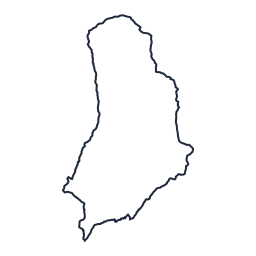 Brusturoasa, Bacau, Romania
{"feature_id": "2599482B60057151040295", "entity_name": "Brusturoasa", "entity_type": "district", "adm_level": 2, "iso_a3": "ROU", "parent_name": "Romania", "parent_adm1": "Bacau", "projection": "orthographic", "projection_center": [26.192, 46.569], "detail": "fine", "context": "isolated", "style": "outline", "palette": "slate", "viewbox_px": 256, "rotation_deg": 0, "n_neighbors": 0, "source": "geoboundaries", "source_scale": "gbopen_adm2", "svg_char_len": 5714}
<svg xmlns="http://www.w3.org/2000/svg" viewBox="0 0 256 256"><path d="M130.6,17.4L125.4,16.1L123.5,15.4L121.5,15.4L120.0,15.6L118.4,16.6L114.2,16.7L113.2,17.4L112.5,17.7L108.3,18.6L106.8,19.2L105.9,19.7L104.9,20.6L103.1,22.8L102.6,23.1L102.1,23.4L99.8,23.6L98.5,24.0L97.5,24.9L95.8,27.1L93.4,28.2L91.4,29.8L89.3,30.7L89.0,30.8L89.2,32.1L89.1,33.0L87.7,35.1L87.5,36.6L88.3,39.5L89.0,41.1L89.0,42.0L88.4,43.3L88.0,43.8L87.8,44.4L88.4,45.3L88.7,46.3L89.9,47.6L90.7,48.8L91.3,49.5L91.6,50.0L91.7,51.8L91.9,52.7L92.4,53.2L92.5,54.4L92.3,56.1L92.4,56.7L92.7,57.3L92.8,57.6L92.6,58.0L92.9,58.9L92.8,60.7L92.9,61.3L92.7,62.2L93.5,63.8L93.3,64.0L93.4,64.7L93.6,65.7L94.3,67.6L94.3,68.3L94.6,70.2L95.0,71.1L95.9,72.7L96.1,73.7L96.2,75.4L96.0,76.2L95.8,77.3L95.9,79.0L95.2,81.6L95.7,83.2L96.5,84.4L96.9,85.5L96.8,86.5L96.5,87.9L96.6,89.4L96.4,90.3L96.6,91.0L97.2,91.5L97.2,92.2L97.6,93.5L97.3,94.2L97.3,94.9L97.8,96.5L97.7,97.0L97.8,97.9L97.9,99.0L98.7,101.1L98.5,101.6L98.7,102.0L98.5,104.0L98.3,104.6L98.1,106.5L97.8,107.2L98.2,111.1L99.1,112.6L99.6,114.1L99.3,115.4L98.7,117.1L98.4,118.6L98.3,122.5L97.1,125.2L97.0,126.3L96.3,128.0L95.6,129.1L93.5,130.6L93.3,131.7L92.5,132.6L92.4,133.1L92.5,133.7L92.3,135.6L91.7,136.5L91.0,137.0L90.4,138.6L90.0,139.9L87.4,142.0L85.0,143.0L84.5,143.9L84.4,144.5L84.8,145.8L84.8,146.3L84.7,146.5L84.1,146.8L83.7,147.3L83.0,147.6L82.3,149.1L82.2,150.2L81.6,151.2L81.6,151.4L81.5,153.4L81.2,154.0L80.8,154.3L80.2,156.1L79.5,157.0L79.4,157.6L79.2,158.1L79.3,160.2L79.4,160.6L79.3,161.1L78.8,161.8L78.3,161.6L78.0,162.3L77.6,163.3L77.8,164.2L77.5,164.9L77.1,165.3L76.8,166.4L76.2,167.7L75.9,168.2L75.8,168.8L75.5,169.1L75.4,169.7L75.1,170.3L75.3,171.0L75.2,171.3L74.9,171.7L75.0,172.2L73.3,175.2L72.5,177.4L72.3,178.7L72.1,179.0L71.4,178.9L70.4,178.4L68.5,177.1L67.5,178.1L67.4,178.9L68.3,180.7L68.5,181.6L68.1,182.4L67.7,182.7L67.8,183.1L67.1,183.9L66.4,184.5L65.3,185.2L64.4,186.0L64.2,188.1L64.0,188.8L63.6,189.1L62.9,190.3L64.6,192.3L65.7,192.4L66.1,192.0L67.6,191.8L71.6,192.9L72.3,193.4L73.6,195.3L74.2,195.6L74.9,196.5L75.7,196.8L76.7,197.7L76.9,197.7L77.6,198.3L78.0,198.5L78.6,199.3L79.6,199.8L81.2,201.6L82.6,202.3L84.3,203.5L84.1,205.2L83.6,206.5L83.6,207.6L84.0,208.9L84.0,209.6L84.5,209.8L84.3,210.6L84.2,212.2L84.7,214.0L84.8,216.8L84.7,217.7L83.8,219.0L83.2,219.6L82.9,219.8L80.9,220.4L80.1,220.9L79.7,221.5L79.5,222.6L79.4,225.2L79.1,226.5L79.3,227.2L80.0,227.8L81.0,228.4L81.6,228.4L82.2,228.9L82.6,229.4L82.8,230.0L83.1,229.9L83.2,230.4L83.6,230.6L83.6,231.0L83.4,231.5L83.7,232.0L83.6,233.6L84.0,234.1L84.0,235.0L83.8,235.7L83.9,236.5L83.3,237.9L83.3,238.9L84.4,239.7L84.8,240.6L85.4,239.9L87.2,238.1L89.0,234.9L90.3,233.4L91.1,231.2L91.5,229.7L93.2,227.5L93.8,226.0L94.7,225.0L98.3,224.0L100.2,224.1L100.7,223.8L100.9,223.4L103.6,222.4L104.0,222.0L104.2,221.5L105.8,221.5L107.4,220.5L109.1,220.2L109.8,220.3L111.5,219.8L112.4,219.9L114.0,219.4L114.9,219.6L115.2,220.4L114.7,220.8L114.8,221.2L115.5,221.7L116.5,221.7L117.1,221.0L117.8,220.3L119.1,219.8L120.1,220.1L120.1,220.5L121.0,218.8L121.2,219.0L121.9,218.6L122.5,218.3L123.1,218.6L124.4,217.4L125.1,218.2L127.2,215.2L128.0,214.6L129.5,216.6L129.9,217.6L130.1,219.3L131.3,218.6L131.8,218.4L132.7,218.4L133.2,218.0L133.8,217.1L134.4,215.9L134.9,215.5L136.0,214.1L136.8,212.1L137.0,212.1L137.4,211.8L138.0,211.0L138.0,210.6L138.7,210.2L138.7,209.6L138.8,209.4L139.9,208.9L141.6,206.9L142.9,204.8L143.7,202.7L144.4,202.3L144.5,202.1L144.5,201.6L145.3,200.9L145.4,200.1L145.9,199.6L146.5,199.3L146.9,199.2L147.9,199.5L149.0,199.1L149.1,198.7L149.8,198.4L149.8,197.4L150.0,196.9L150.4,196.1L151.0,195.5L151.1,195.0L151.6,194.8L151.9,194.3L152.5,193.7L152.6,193.1L153.4,192.1L155.8,189.8L156.2,188.9L157.9,188.0L160.3,187.6L160.7,187.3L161.2,186.7L161.7,186.7L162.9,185.8L163.9,185.6L166.5,183.8L166.9,183.3L167.0,182.6L167.3,182.4L167.3,182.1L168.8,180.6L169.1,179.4L169.6,178.6L170.2,178.4L171.2,178.4L173.7,179.3L174.4,179.4L174.9,179.3L175.7,178.2L175.7,177.0L176.1,176.4L176.8,175.9L178.6,174.1L179.5,174.3L180.8,174.8L182.6,174.6L183.4,174.6L184.5,174.0L184.9,173.4L185.3,170.8L185.8,169.5L186.0,168.2L186.0,166.2L187.0,165.7L187.5,165.2L188.3,164.1L187.5,162.1L186.9,161.3L186.6,160.5L186.5,159.2L186.8,158.0L187.0,156.0L187.7,155.4L188.6,154.9L190.0,154.3L190.9,153.3L192.3,152.1L193.0,149.7L193.1,149.1L192.6,148.0L189.9,145.6L189.5,145.1L188.9,144.8L186.6,144.9L185.7,144.3L184.2,143.8L183.8,143.5L182.4,143.2L180.4,142.2L179.4,141.2L179.1,140.6L178.0,136.2L177.9,135.1L177.7,132.7L176.9,128.6L176.8,125.9L176.3,124.1L175.9,121.9L175.9,120.7L176.2,118.4L176.2,115.2L176.0,114.0L176.4,113.0L176.5,111.8L176.7,111.3L177.3,110.7L177.7,109.7L179.0,107.4L178.2,106.6L177.8,105.3L178.1,104.5L177.8,103.7L178.3,102.0L177.1,101.3L176.1,100.2L176.1,99.8L176.4,98.2L176.5,97.6L176.9,97.1L177.1,96.2L177.0,95.6L176.4,93.6L176.2,91.8L176.7,90.7L177.1,90.4L177.9,89.4L177.9,89.1L177.1,88.2L176.5,87.9L175.6,87.1L175.5,86.6L175.6,85.9L175.5,85.5L174.7,83.6L174.4,81.9L174.1,81.1L173.6,80.2L173.3,79.9L172.1,79.6L171.4,79.0L170.7,79.0L170.9,78.4L170.3,77.6L168.9,76.9L166.9,76.8L166.5,76.6L165.8,75.7L165.1,75.0L164.2,74.4L163.7,73.7L162.1,73.2L161.5,73.2L160.6,72.5L159.6,72.2L156.5,72.0L156.0,71.7L155.9,66.5L156.3,65.6L156.2,64.2L155.6,63.4L154.8,62.7L154.4,61.1L153.8,60.2L152.5,59.2L151.9,57.7L151.3,56.7L151.2,56.0L151.6,55.1L151.7,54.4L151.4,53.6L151.3,52.6L150.6,51.5L150.4,48.8L150.7,48.3L150.9,45.4L151.6,43.1L151.6,41.2L151.2,39.8L151.1,38.9L151.3,35.6L150.0,34.8L149.1,33.9L147.4,33.3L143.2,32.8L141.5,31.8L140.7,31.1L139.5,29.8L139.4,29.4L140.5,27.5L140.4,27.0L135.3,23.5L134.9,22.9L134.5,22.1L133.8,21.7L133.1,20.6L132.5,20.0L131.6,19.5L131.2,19.0L130.6,17.4Z" fill="none" stroke="#1e293b" stroke-width="2"/></svg>